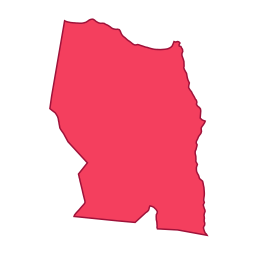 Santa Cruz Cabrália, Bahia, Brazil, rotated 268°
{"feature_id": "56859067B8048153730728", "entity_name": "Santa Cruz Cabrália", "entity_type": "district", "adm_level": 2, "iso_a3": "BRA", "parent_name": "Brazil", "parent_adm1": "Bahia", "projection": "albers", "projection_center": [-39.188, -16.225], "detail": "fine", "context": "isolated", "style": "filled", "palette": "rose", "viewbox_px": 256, "rotation_deg": 268, "n_neighbors": 0, "source": "geoboundaries", "source_scale": "gbopen_adm2", "svg_char_len": 3204}
<svg xmlns="http://www.w3.org/2000/svg" viewBox="0 0 256 256"><g transform="rotate(268 128 128)"><path d="M41.5,71.0L35.6,114.2L33.4,131.8L42.8,142.8L43.9,144.5L45.2,145.7L46.6,146.2L48.0,146.5L49.4,147.3L48.8,149.3L47.8,151.1L46.6,152.2L45.7,153.1L44.6,153.8L43.4,154.4L41.7,154.1L40.5,153.3L38.7,153.1L37.1,153.1L35.4,153.1L33.4,153.5L32.1,153.6L30.8,153.6L29.4,153.7L27.6,153.5L26.2,153.9L24.4,174.1L18.0,203.3L19.1,202.7L20.5,201.4L22.3,200.7L24.1,200.2L25.7,199.9L27.1,200.4L28.3,201.2L30.3,201.4L31.9,200.9L33.6,200.9L35.1,201.2L36.4,201.1L38.2,200.9L40.2,201.4L41.9,202.1L43.3,202.0L44.6,201.5L46.4,201.0L48.5,200.5L50.9,201.7L53.1,201.1L55.5,201.4L57.1,201.7L58.4,201.9L59.9,202.0L61.3,202.0L63.5,201.9L65.9,201.8L68.1,201.4L70.3,201.1L72.2,200.7L73.6,199.2L75.0,197.7L77.0,197.2L78.4,196.8L79.8,196.0L80.9,195.5L82.3,195.0L84.4,194.9L86.3,195.0L87.9,195.6L89.2,196.1L90.8,195.3L92.3,194.6L94.1,194.8L96.1,194.8L97.4,194.8L98.9,194.5L100.6,194.2L102.6,194.4L104.3,195.3L105.9,195.7L107.5,196.2L108.8,196.5L110.7,195.6L112.7,196.0L114.1,196.9L115.4,197.5L116.8,198.1L118.3,199.2L120.0,200.6L121.9,201.3L123.3,201.2L125.3,201.1L126.8,201.9L128.1,203.0L129.5,204.0L130.7,204.8L132.2,205.4L133.3,202.7L134.1,201.7L135.4,200.5L142.5,201.3L144.5,201.1L146.1,200.0L146.9,198.9L148.0,197.9L149.5,197.2L150.9,197.7L152.2,197.6L153.5,197.2L154.5,196.3L156.2,195.6L158.1,194.6L160.1,193.5L161.8,192.8L163.5,191.6L164.7,190.8L166.3,190.0L168.3,190.2L170.9,190.9L172.4,190.2L173.9,189.6L175.7,189.1L177.5,188.8L179.1,188.6L180.6,188.4L182.0,187.6L184.2,186.5L186.2,185.8L187.8,186.2L189.4,186.2L190.9,186.2L192.4,186.2L194.5,185.7L197.0,184.9L198.8,184.4L200.6,184.5L202.6,185.4L204.7,185.2L206.0,184.4L207.6,183.7L208.1,182.1L209.4,181.9L211.1,182.9L212.4,181.7L212.7,180.5L212.2,178.6L212.8,177.0L211.6,176.5L209.8,175.7L208.3,174.9L207.4,173.9L206.5,172.4L205.7,170.2L205.4,167.8L205.3,165.7L205.2,163.1L205.4,160.6L205.5,159.0L205.7,157.3L206.1,155.5L206.5,154.1L206.9,152.8L207.3,151.6L207.9,150.0L208.2,148.5L208.7,147.2L209.4,145.4L210.1,143.4L210.7,141.9L211.1,140.6L210.7,138.8L210.9,137.2L212.0,135.5L213.4,133.9L214.6,132.5L215.3,131.4L216.4,130.1L217.3,129.2L218.3,128.2L219.2,127.1L220.2,126.0L221.8,124.9L223.7,124.1L225.0,123.7L226.6,122.7L227.1,121.0L227.0,119.4L227.3,118.0L227.7,116.6L228.5,115.1L229.5,114.0L230.4,112.8L231.1,111.8L231.8,110.6L232.3,109.4L233.4,107.8L233.6,106.1L233.6,104.0L234.2,102.1L235.6,99.8L237.1,98.2L238.0,96.7L237.9,94.9L237.3,93.1L236.3,91.6L235.2,89.8L234.6,87.5L234.3,85.5L234.4,83.4L234.6,81.3L234.7,79.9L234.9,78.4L235.0,77.1L235.2,75.8L235.4,74.3L235.8,72.8L236.1,71.4L236.7,69.7L237.4,68.4L162.5,52.8L150.1,50.6L148.0,53.0L146.8,54.5L145.6,55.9L143.6,57.1L141.9,58.0L139.9,58.6L137.4,58.9L135.9,59.2L134.6,59.3L132.8,59.6L130.5,59.9L128.9,60.7L127.3,61.7L125.7,62.8L124.0,63.8L122.3,64.6L120.5,65.5L119.1,66.2L117.9,66.8L116.3,67.6L94.6,86.2L83.7,76.9L81.9,77.3L80.5,77.5L78.4,78.0L76.9,78.2L75.1,78.6L73.6,78.9L71.2,79.4L67.8,80.1L65.1,80.6L62.5,81.1L61.2,81.4L59.2,81.8L57.9,82.1L56.6,82.4L54.9,82.4L53.7,81.6L52.4,80.4L50.1,78.2L48.1,76.4L46.6,74.9L45.4,73.7L44.2,72.6L42.8,71.5L41.5,71.0Z" fill="#f43f5e" stroke="#9f1239" stroke-width="1.5"/></g></svg>